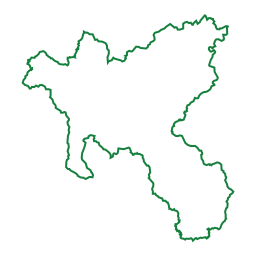 the district of Mueang Chiang Rai, Chiang Rai, Thailand
{"feature_id": "78962969B25429486303013", "entity_name": "Mueang Chiang Rai", "entity_type": "district", "adm_level": 2, "iso_a3": "THA", "parent_name": "Thailand", "parent_adm1": "Chiang Rai", "projection": "natural_earth1", "projection_center": [99.821, 19.878], "detail": "fine", "context": "isolated", "style": "outline", "palette": "green", "viewbox_px": 256, "rotation_deg": 0, "n_neighbors": 0, "source": "geoboundaries", "source_scale": "gbopen_adm2", "svg_char_len": 5727}
<svg xmlns="http://www.w3.org/2000/svg" viewBox="0 0 256 256"><path d="M22.7,82.8L25.1,85.0L28.0,86.0L29.8,88.6L30.9,88.4L31.8,86.9L34.2,87.1L36.0,85.6L38.4,86.7L39.7,85.2L41.9,84.9L44.9,86.6L46.0,89.3L48.5,89.2L50.6,89.9L50.6,96.0L50.0,97.2L52.4,99.5L53.6,103.3L55.2,104.7L55.8,106.4L55.7,107.9L60.6,110.9L60.9,112.6L62.3,112.8L64.6,112.0L65.6,112.5L66.2,115.5L68.9,118.8L68.9,120.0L67.5,122.0L67.8,124.4L69.4,127.1L68.6,130.1L69.3,132.2L68.0,135.8L67.4,142.2L67.6,143.3L68.4,143.8L68.8,147.2L67.6,151.1L69.0,155.2L68.1,156.1L68.5,158.6L67.0,159.8L66.3,162.2L66.1,167.2L67.9,169.0L69.4,169.0L70.3,170.3L75.8,173.3L77.5,174.9L77.7,175.8L80.5,177.4L83.3,177.7L85.8,179.0L89.5,176.9L92.5,177.3L93.0,175.2L92.0,172.7L91.4,172.5L90.5,170.2L87.0,167.9L85.8,163.4L82.0,159.5L81.7,157.2L82.2,153.0L84.4,147.4L85.6,142.8L83.3,140.7L83.7,139.5L84.5,138.8L88.3,137.9L88.6,136.2L90.7,135.1L94.5,136.0L94.1,136.8L94.4,138.3L93.7,139.0L94.1,141.2L96.0,141.2L97.0,142.2L98.7,142.7L99.4,145.2L102.6,147.8L103.4,149.3L105.5,149.6L109.4,152.8L110.8,155.2L110.6,157.8L112.8,156.6L113.4,153.8L114.1,153.3L116.4,154.1L117.2,153.5L117.8,152.7L118.5,148.4L123.6,149.2L128.8,147.6L129.4,147.9L131.0,151.2L130.6,152.3L132.7,153.8L132.8,154.8L133.6,154.8L134.9,153.6L136.5,153.7L137.1,153.1L137.5,153.9L139.7,154.0L142.6,155.5L142.8,158.2L143.5,159.0L143.9,161.5L146.9,165.7L148.4,165.5L149.6,167.4L150.2,172.6L148.9,174.5L149.4,177.3L148.7,178.0L153.3,183.2L153.3,186.2L152.1,188.9L152.9,191.7L152.8,193.8L155.2,193.6L156.2,195.3L158.3,196.5L158.6,197.3L162.2,198.4L163.0,200.8L165.4,200.7L166.7,202.3L167.7,202.4L168.7,204.9L169.4,208.9L170.2,208.7L172.3,210.1L174.1,209.2L174.4,210.3L177.0,211.0L178.4,213.2L178.0,216.2L178.7,217.9L178.5,219.9L179.1,220.5L179.0,221.4L179.5,221.1L179.3,222.2L176.2,224.5L175.5,224.2L175.2,226.1L176.2,226.5L175.9,228.9L176.4,229.1L176.2,229.5L176.9,230.7L177.3,230.2L177.9,231.0L178.6,230.8L179.2,232.1L179.9,232.2L180.0,231.7L181.0,232.9L180.8,234.2L179.8,234.4L180.5,235.6L181.2,235.3L180.5,237.6L181.8,238.5L183.8,238.7L185.1,239.6L186.1,238.6L189.3,238.9L191.0,238.2L192.4,239.3L192.9,240.6L195.5,238.2L196.3,238.1L197.2,239.1L200.6,237.6L201.7,238.0L205.7,237.2L206.6,238.5L208.3,237.6L208.6,237.9L208.3,237.3L208.8,236.7L208.3,236.6L209.3,235.3L208.9,233.4L209.4,232.7L209.1,231.7L208.9,231.9L209.0,230.7L207.5,229.2L208.7,228.5L209.7,229.6L210.5,229.5L212.2,228.2L213.4,228.6L214.8,227.8L217.4,228.3L218.3,229.3L219.3,229.1L220.3,228.0L221.6,224.5L223.2,222.1L224.8,221.0L225.5,219.1L226.2,218.7L225.6,217.2L225.7,215.0L225.1,211.7L226.2,208.2L227.2,207.6L227.7,203.6L226.5,201.4L227.8,199.8L228.0,198.0L229.5,196.9L230.0,194.8L232.5,193.1L233.3,191.6L231.1,189.5L228.8,188.3L227.4,186.4L227.1,184.4L225.1,180.2L226.3,177.4L225.5,176.2L225.1,173.7L223.4,172.1L223.5,171.0L221.6,169.9L221.3,164.6L219.2,162.9L217.3,162.4L211.8,164.6L211.5,165.2L210.5,164.5L209.9,165.0L209.1,164.2L206.6,165.0L204.2,164.2L203.5,163.0L203.2,161.1L201.6,158.8L201.2,154.8L202.0,154.4L202.3,153.4L201.2,150.6L199.5,150.7L197.4,147.7L195.0,145.9L191.0,146.1L187.7,144.9L185.3,142.9L182.0,135.9L179.6,135.4L177.9,136.1L175.9,136.0L172.2,133.4L172.2,132.4L173.1,131.3L171.9,131.8L171.6,131.4L172.4,127.3L173.1,126.3L174.1,126.1L173.8,124.2L175.3,122.2L177.9,121.1L179.1,119.8L179.4,120.3L180.6,119.6L181.0,120.4L183.7,119.7L185.5,114.9L184.1,113.0L184.6,111.7L185.5,111.9L187.0,111.0L186.5,109.9L187.2,108.5L186.6,107.7L187.4,105.4L189.4,104.7L190.7,102.7L193.4,101.3L195.0,97.8L196.6,98.4L198.2,98.1L199.2,95.6L200.7,93.9L203.5,92.2L206.7,91.7L208.7,90.5L210.3,89.2L211.6,86.2L214.4,85.1L214.3,84.4L212.8,83.1L212.7,82.1L213.9,80.9L216.7,80.0L217.6,78.6L217.7,77.3L214.6,71.9L214.4,67.6L209.5,65.9L209.1,65.0L210.8,59.9L212.5,56.9L212.7,54.9L214.8,52.9L215.2,51.6L214.0,50.3L211.6,51.5L210.5,51.5L208.9,49.5L208.9,48.1L209.5,47.2L210.9,47.1L212.7,48.4L213.2,47.1L215.3,46.3L214.0,43.8L215.2,40.6L216.2,39.4L218.4,39.2L221.5,40.9L223.6,39.9L224.0,38.8L223.2,34.7L225.9,34.9L227.2,33.7L227.0,27.9L227.8,26.5L227.4,26.2L225.8,26.2L221.7,28.4L219.8,28.5L219.5,29.3L217.2,29.2L215.9,27.3L215.9,26.1L215.0,24.6L213.3,23.3L214.4,21.6L213.0,20.1L213.0,19.0L211.4,18.9L210.8,18.1L208.9,18.1L207.8,18.6L207.9,19.1L207.1,19.8L205.7,16.0L204.8,15.4L200.5,20.5L199.8,22.2L197.6,23.8L196.2,20.8L193.7,23.0L192.8,24.8L192.1,24.6L190.8,22.7L188.9,23.1L187.1,21.9L184.8,22.5L183.2,23.7L183.2,28.5L180.0,29.6L177.7,29.6L176.8,27.5L175.5,27.2L174.5,27.7L170.2,24.0L165.8,27.0L164.5,28.5L161.2,29.8L158.7,31.7L154.8,32.8L153.6,34.9L154.5,37.7L154.6,39.8L153.3,41.1L150.5,42.4L149.9,44.3L148.2,45.1L147.9,46.9L146.2,48.5L140.6,48.0L138.8,46.9L136.1,46.7L132.4,51.2L131.3,51.5L129.2,50.8L127.0,52.2L126.9,55.3L125.4,55.8L125.9,56.3L125.3,57.8L125.9,58.3L124.4,60.7L122.4,61.5L120.7,60.3L114.7,58.7L113.3,57.7L111.7,60.3L108.8,61.2L107.9,62.5L107.5,57.4L108.8,53.7L108.8,50.5L107.2,48.9L106.9,45.4L105.5,43.1L102.0,41.6L98.4,41.3L97.0,39.4L95.1,39.9L92.7,34.4L89.4,34.2L87.6,32.7L85.4,32.6L83.9,31.7L83.9,33.1L83.2,34.2L82.2,38.2L80.9,39.8L78.5,41.3L79.0,43.3L78.0,44.2L78.9,45.5L77.8,47.6L78.3,48.1L78.2,49.2L76.9,49.1L76.2,49.7L76.9,50.9L74.7,55.2L75.1,55.8L74.4,56.2L74.9,57.4L73.3,57.0L70.5,57.5L69.7,57.0L68.7,58.0L67.7,57.8L67.6,59.7L68.7,62.4L68.1,64.8L67.4,65.4L65.2,64.1L63.8,64.6L60.0,64.2L58.5,63.4L58.0,62.2L54.6,60.8L52.0,58.3L50.7,58.4L50.1,57.4L48.4,56.6L47.5,55.4L46.7,55.2L46.1,53.4L44.2,51.5L43.1,51.2L39.7,52.0L38.7,54.0L36.2,56.3L35.2,56.5L34.6,57.8L31.4,57.6L30.0,59.8L28.2,59.9L28.1,60.7L29.2,61.6L27.8,62.5L27.5,63.5L28.3,63.4L28.2,64.3L29.4,65.1L30.2,66.2L30.1,67.0L31.3,68.5L32.1,68.2L32.2,69.0L31.2,70.1L30.3,69.8L27.5,72.4L27.2,74.9L25.3,76.3L25.5,77.7L23.5,80.1L22.7,82.8Z" fill="none" stroke="#15803d" stroke-width="2"/></svg>